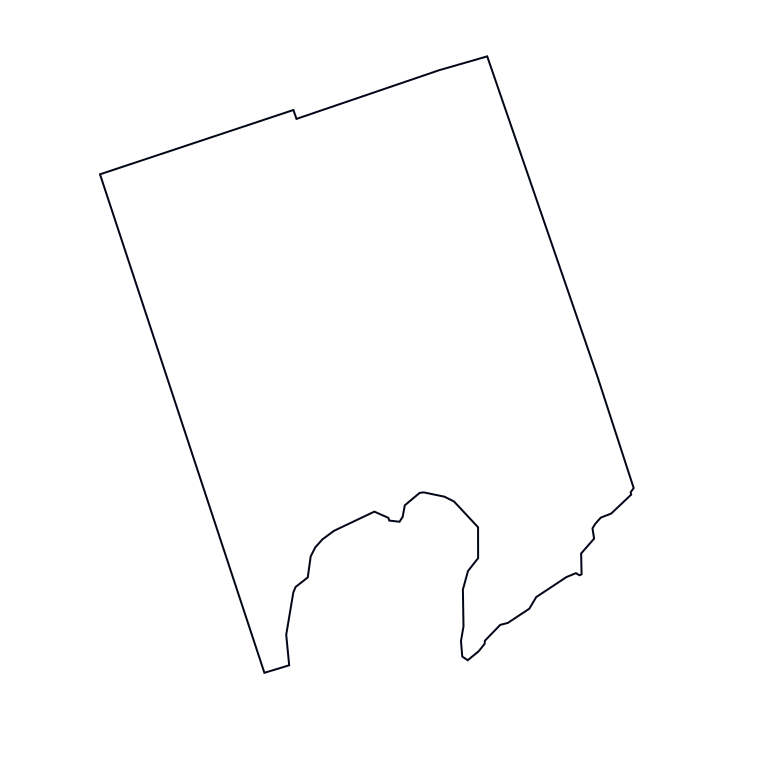 outline of Alpena, Michigan, United States of America, rotated 72°
{"feature_id": "52423323B18778524375348", "entity_name": "Alpena", "entity_type": "district", "adm_level": 2, "iso_a3": "USA", "parent_name": "United States of America", "parent_adm1": "Michigan", "projection": "natural_earth1", "projection_center": [-83.433, 45.032], "detail": "fine", "context": "isolated", "style": "outline", "palette": "ink", "viewbox_px": 768, "rotation_deg": 72, "n_neighbors": 0, "source": "geoboundaries", "source_scale": "gbopen_adm2", "svg_char_len": 834}
<svg xmlns="http://www.w3.org/2000/svg" viewBox="0 0 768 768"><g transform="rotate(72 384 384)"><path d="M104.3,184.6L102.6,234.4L104.8,385.3L95.4,385.5L96.8,589.1L96.8,589.3L621.7,587.0L622.2,561.1L592.3,554.5L554.3,534.7L549.7,530.8L544.4,516.3L525.3,507.0L518.1,499.8L512.7,490.5L508.2,477.1L502.4,432.6L512.7,421.2L515.5,421.2L519.8,411.8L516.1,407.3L505.8,401.7L498.6,383.8L499.3,379.8L509.8,361.4L517.4,353.7L549.3,338.8L578.7,348.3L587.8,361.9L603.9,372.5L639.1,383.3L652.2,390.2L667.4,393.8L672.6,389.7L667.4,376.5L662.3,368.7L659.3,367.3L649.0,347.9L649.5,340.2L642.6,315.2L633.7,305.1L624.0,270.2L623.2,259.9L626.3,257.2L626.1,254.9L606.1,248.9L596.0,232.0L585.7,230.3L582.2,226.2L578.1,219.2L577.4,207.9L565.6,183.1L563.2,182.9L560.1,178.7L443.5,178.7L104.3,184.6Z" fill="none" stroke="#020617" stroke-width="2"/></g></svg>